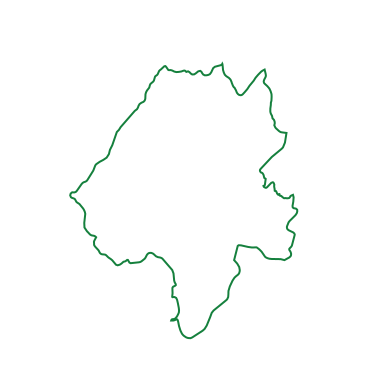 map outline of Hövsgöl (Robinson projection), rotated 289°
{"feature_id": "MNG-3321", "entity_name": "Hövsgöl", "entity_type": "Province", "adm_level": 1, "iso_a3": "MNG", "parent_name": "Mongolia", "parent_adm1": "", "projection": "robinson", "projection_center": [99.984, 50.195], "detail": "fine", "context": "isolated", "style": "outline", "palette": "green", "viewbox_px": 384, "rotation_deg": 289, "n_neighbors": 0, "source": "natural_earth", "source_scale": "10m", "svg_char_len": 5459}
<svg xmlns="http://www.w3.org/2000/svg" viewBox="0 0 384 384"><g transform="rotate(289 192 192)"><path d="M151.5,78.1L152.7,78.8L153.2,80.7L154.1,82.0L155.5,82.7L163.5,85.0L165.1,85.7L166.2,86.7L167.0,87.8L168.0,88.7L169.3,89.2L180.1,91.7L185.7,91.9L187.1,92.4L190.5,94.9L193.5,97.7L196.7,100.1L200.8,101.1L205.1,100.7L210.3,101.4L224.2,101.4L227.0,102.7L230.1,103.4L250.1,111.5L252.3,113.0L254.2,113.4L256.2,113.4L258.1,113.8L259.9,115.1L261.5,116.8L263.1,117.5L264.9,117.5L269.3,116.2L271.3,116.1L273.3,116.4L276.8,117.6L279.2,117.4L280.5,117.5L281.3,117.9L283.8,119.4L285.0,119.7L288.8,119.5L289.6,119.7L291.3,120.9L292.1,121.2L295.7,121.5L296.8,122.0L297.6,122.6L301.9,124.9L302.4,125.9L301.7,127.1L299.7,129.8L299.7,130.4L299.9,131.0L300.3,132.0L300.4,133.0L300.4,134.0L300.1,136.0L300.3,138.2L301.3,140.5L302.5,142.7L303.8,144.3L304.3,145.1L304.4,145.9L304.1,146.8L303.7,147.5L304.8,149.0L304.5,150.6L303.6,152.3L303.2,153.9L303.9,155.7L305.2,156.8L308.1,158.6L309.2,160.3L308.8,161.7L307.7,162.9L306.7,164.4L306.5,166.1L307.1,167.8L308.1,169.4L309.2,170.5L311.3,171.2L316.0,171.7L317.9,172.9L321.4,178.1L322.9,179.0L323.0,179.0L322.9,179.1L320.4,180.3L317.5,181.6L315.4,183.1L313.6,184.8L313.3,185.4L312.7,186.6L312.5,187.3L311.9,189.7L311.0,191.5L310.6,192.0L309.0,193.5L308.0,194.2L307.1,195.0L305.9,196.0L304.7,197.4L304.5,198.2L302.4,200.5L300.5,202.1L299.6,203.5L299.2,204.6L299.2,205.6L299.4,206.6L299.6,207.0L300.1,207.6L300.8,208.1L303.5,209.3L307.3,210.8L311.2,211.8L317.3,214.1L320.7,214.9L324.5,216.4L328.3,218.2L329.7,219.2L331.4,220.8L327.5,223.3L326.0,224.0L325.5,224.1L324.4,224.1L321.8,223.7L320.8,223.7L319.9,223.8L319.0,224.3L318.6,224.6L318.1,225.4L316.6,228.8L315.3,231.0L314.8,231.7L312.9,233.5L310.9,235.0L310.0,235.5L307.9,236.3L304.1,237.4L302.2,237.5L299.9,238.2L296.4,238.9L293.7,239.8L292.6,240.4L291.7,241.1L290.0,242.9L287.8,244.2L287.4,245.1L286.9,246.0L285.6,247.1L284.6,247.6L283.8,247.9L281.9,248.1L280.3,249.6L279.6,250.6L278.0,254.3L277.7,255.3L277.5,256.3L277.7,257.8L278.5,261.6L278.6,262.1L269.0,263.8L263.8,263.5L262.2,262.8L251.2,256.1L236.7,249.6L235.4,249.1L234.2,249.3L233.6,249.8L233.4,250.1L233.2,250.4L233.0,250.6L232.9,250.9L232.9,252.1L232.7,252.6L232.1,253.4L231.3,254.2L229.5,255.3L228.7,256.0L228.7,256.4L228.6,256.9L228.4,257.4L222.9,258.5L221.9,258.5L221.0,257.6L220.3,258.2L220.1,258.9L220.0,259.7L219.9,260.0L220.1,260.7L220.4,261.0L220.9,261.4L226.5,264.0L227.5,265.2L227.5,265.4L227.5,265.7L227.1,266.3L226.8,266.6L225.8,267.4L225.5,267.5L225.1,267.6L224.8,267.6L224.3,267.8L223.7,268.0L221.8,269.1L221.1,269.4L220.1,269.8L220.0,270.1L220.0,270.4L220.2,270.7L220.2,271.1L220.0,271.4L219.3,272.1L218.4,272.8L217.7,273.8L217.5,274.3L217.5,274.6L218.2,274.8L218.4,275.0L218.5,275.3L218.2,275.5L217.3,276.2L217.1,276.5L217.1,276.8L217.2,277.0L217.3,277.4L217.3,277.9L216.9,278.5L216.5,279.6L216.3,280.3L216.1,281.0L216.2,281.4L216.7,282.4L216.8,283.0L217.0,283.9L217.2,284.5L217.7,285.4L218.0,285.8L218.2,286.0L218.5,286.1L219.1,286.3L220.0,286.4L220.3,286.6L220.6,286.7L221.1,287.2L222.2,288.4L220.1,289.8L215.9,290.9L211.5,291.6L210.2,292.3L209.8,293.4L210.0,294.7L210.1,295.8L209.5,297.2L208.1,297.8L206.4,298.0L204.9,297.7L203.6,297.3L196.5,293.8L194.8,293.2L190.3,293.0L189.3,293.3L188.3,293.9L187.7,294.8L187.3,296.0L186.7,301.0L186.1,302.2L185.4,302.9L184.5,303.1L173.9,303.9L172.8,303.7L171.8,303.3L170.8,302.8L169.9,302.5L169.2,302.7L168.6,303.2L168.0,304.1L167.1,305.0L165.7,305.9L164.4,306.2L163.3,306.1L161.8,305.3L157.7,301.6L157.4,297.7L154.6,289.1L154.1,286.9L154.0,285.1L154.1,283.8L154.3,282.9L154.6,282.1L158.1,277.4L158.9,275.9L159.7,274.2L160.6,271.5L160.6,270.7L160.1,269.6L159.0,266.5L158.3,262.9L157.5,255.6L157.1,254.3L156.8,253.4L155.9,252.8L141.3,254.0L139.0,258.1L136.4,261.1L133.7,262.6L132.5,262.9L130.7,263.0L129.7,262.8L128.6,262.3L126.6,261.0L124.9,260.1L121.5,259.2L115.0,258.5L110.4,258.7L109.0,259.1L107.5,259.6L104.5,260.4L102.2,260.2L101.2,259.8L87.0,251.0L84.2,250.0L79.4,249.9L70.5,249.4L66.6,248.5L64.3,247.2L54.6,239.6L53.3,238.2L52.7,236.0L52.6,235.0L52.7,233.6L53.2,231.8L53.5,230.8L54.2,229.5L54.8,228.6L57.2,226.2L61.0,223.4L65.1,221.0L66.2,220.2L66.7,219.4L66.4,218.8L64.7,216.7L64.3,216.0L64.1,215.4L63.9,214.8L63.7,214.2L64.4,214.2L65.3,214.7L65.7,215.8L66.8,217.3L69.3,218.3L72.0,218.7L73.8,218.8L75.8,218.3L78.0,217.3L82.0,215.0L85.2,213.0L86.7,211.5L87.0,209.7L86.6,208.5L86.2,207.8L86.4,207.4L89.9,206.6L94.3,204.9L95.3,204.7L96.3,205.0L97.8,206.5L98.7,207.0L99.6,206.6L100.9,205.1L102.4,204.0L109.0,201.0L111.8,198.7L119.3,185.8L119.6,184.9L119.7,183.7L119.6,182.7L119.3,180.9L119.5,178.9L121.0,175.5L121.2,173.6L120.8,172.1L120.0,170.9L118.9,170.2L117.7,169.8L114.8,169.4L113.5,169.0L110.0,166.8L109.0,165.9L108.3,164.8L106.1,160.1L104.7,157.1L104.9,155.8L106.9,153.5L106.7,152.8L105.2,151.9L104.5,151.2L104.1,150.5L103.7,149.9L101.5,148.7L99.8,147.4L98.5,145.6L98.5,143.8L101.5,138.8L102.2,136.9L102.7,134.9L103.0,134.0L104.3,131.3L104.5,130.4L104.3,129.2L103.8,127.2L103.8,126.3L104.1,125.3L104.6,124.5L106.0,123.1L106.6,122.3L108.7,118.4L109.6,117.1L110.2,116.6L110.9,116.4L113.0,115.5L114.2,115.5L118.0,116.1L118.5,115.1L118.7,113.7L118.3,111.1L118.5,109.8L119.0,108.7L120.1,106.7L120.6,105.6L123.4,101.9L127.7,100.2L136.6,98.2L138.2,97.2L139.6,96.0L140.9,94.5L144.0,89.5L144.7,86.7L145.1,85.8L146.9,83.9L147.3,83.1L147.4,82.1L147.4,80.1L147.7,79.2L149.2,77.9L151.1,77.8L151.5,78.1Z" fill="none" stroke="#15803d" stroke-width="2"/></g></svg>